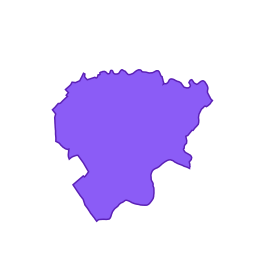 Caxhuacan, Puebla, Mexico, rotated 46°
{"feature_id": "50627088B49115347423872", "entity_name": "Caxhuacan", "entity_type": "district", "adm_level": 2, "iso_a3": "MEX", "parent_name": "Mexico", "parent_adm1": "Puebla", "projection": "orthographic", "projection_center": [-97.605, 20.075], "detail": "fine", "context": "isolated", "style": "filled", "palette": "violet", "viewbox_px": 256, "rotation_deg": 46, "n_neighbors": 0, "source": "geoboundaries", "source_scale": "gbopen_adm2", "svg_char_len": 4878}
<svg xmlns="http://www.w3.org/2000/svg" viewBox="0 0 256 256"><g transform="rotate(46 128 128)"><path d="M173.3,215.3L173.4,213.8L173.4,212.9L174.5,211.5L176.3,209.4L176.7,209.0L177.4,208.3L178.7,207.1L179.7,205.8L180.4,204.8L180.4,203.9L180.3,203.1L179.5,201.3L178.7,200.0L178.1,198.7L177.4,197.2L177.1,195.5L176.9,194.5L176.8,193.2L177.0,191.7L177.0,191.3L177.2,189.9L176.8,187.3L176.9,186.3L177.0,185.3L177.3,184.4L177.7,183.5L178.0,181.6L178.1,180.5L178.6,179.5L180.0,178.6L182.0,177.7L184.5,177.0L186.6,176.0L188.0,175.2L189.4,174.2L190.3,173.5L192.1,172.4L193.9,170.8L195.5,169.2L196.6,168.0L197.2,166.2L197.2,164.4L197.1,163.6L196.9,162.3L196.5,160.2L196.1,158.8L195.2,157.3L194.2,156.2L192.8,154.5L191.2,153.0L190.8,152.6L189.0,151.0L188.7,150.9L187.0,150.2L186.1,149.2L185.6,148.7L184.3,148.1L184.0,148.1L183.9,148.0L182.5,147.7L181.0,147.0L180.8,146.8L179.2,145.4L178.8,145.1L177.7,144.2L176.9,142.9L176.6,142.3L176.3,141.7L176.1,141.1L175.9,140.8L175.7,139.2L175.7,138.6L175.9,137.4L176.2,136.5L176.4,135.8L176.9,134.7L177.3,132.8L177.4,132.2L177.4,131.4L177.5,129.5L177.5,128.6L177.5,128.3L177.8,126.0L177.9,125.2L178.2,124.1L178.5,122.7L179.4,120.6L179.7,120.4L180.3,119.6L182.8,118.3L184.9,118.0L185.3,117.9L186.6,117.4L187.1,117.3L187.6,117.1L188.4,116.8L190.5,115.8L191.3,115.4L192.4,114.9L193.7,114.4L194.5,114.2L195.9,113.4L197.5,112.6L199.8,111.8L199.1,111.1L198.9,110.3L197.9,109.6L196.9,108.6L196.0,108.2L194.9,107.4L194.8,105.3L194.7,105.1L194.6,104.7L194.6,104.4L194.1,103.6L193.5,102.7L193.3,102.6L192.8,102.4L191.6,102.1L190.7,102.1L189.5,102.5L188.6,102.7L187.6,103.0L186.1,103.5L184.4,103.7L182.1,103.1L181.5,102.3L181.6,101.7L180.1,100.0L179.6,98.5L179.6,96.5L178.0,94.6L174.1,92.2L174.9,90.1L174.1,83.7L174.9,82.9L174.4,79.5L174.4,77.6L174.1,74.8L173.3,73.6L173.1,73.3L171.6,71.7L169.4,70.0L167.4,67.4L166.7,65.5L165.5,62.2L165.6,60.2L165.5,57.9L166.0,57.2L167.1,56.8L167.5,54.9L167.5,54.3L167.6,53.3L167.6,51.8L167.1,50.3L167.1,49.2L166.8,48.1L166.0,48.3L165.2,48.3L163.6,48.0L162.5,47.6L161.2,47.3L159.8,46.8L158.5,46.5L157.4,46.0L156.2,44.7L155.2,43.2L154.1,42.3L152.2,41.5L150.8,41.2L149.7,41.0L148.4,40.7L147.3,40.8L146.3,41.1L145.7,41.8L145.2,42.9L144.9,44.8L144.9,45.3L144.8,46.5L144.7,47.3L144.6,47.7L144.2,48.4L143.3,48.5L142.2,49.0L141.6,49.1L140.7,49.0L139.6,48.8L138.9,48.7L138.1,48.5L137.2,48.9L136.9,50.2L137.2,51.4L137.7,52.7L139.5,53.0L140.8,53.6L141.4,54.7L141.2,56.5L140.0,57.9L138.9,58.5L138.1,59.1L137.2,59.3L135.4,59.1L134.7,59.0L132.4,58.6L130.1,59.2L128.8,60.0L128.5,60.2L126.5,60.9L125.8,61.1L124.8,61.4L123.3,62.3L122.7,62.9L122.2,63.6L122.1,64.8L122.4,65.7L122.7,66.6L123.0,67.7L123.0,68.5L122.8,68.9L122.8,69.4L122.6,69.8L122.4,70.1L122.1,70.4L121.8,70.7L121.2,71.1L121.0,72.1L120.3,70.9L118.7,70.2L117.3,69.3L115.1,68.1L114.7,67.8L114.0,68.1L113.0,68.0L111.8,67.5L111.4,67.3L109.1,66.5L107.7,66.6L106.8,67.5L106.5,67.9L105.9,70.0L105.6,71.0L105.3,71.9L103.3,74.4L102.3,75.1L100.9,75.9L100.3,76.3L99.7,76.8L98.7,77.7L97.8,78.5L96.8,78.9L96.0,78.5L94.8,78.8L93.6,79.8L93.0,81.1L92.6,82.5L92.5,83.7L92.4,84.3L92.4,84.5L92.3,86.3L91.7,87.8L91.1,89.2L90.1,90.4L89.2,90.8L88.1,90.8L86.3,90.7L85.4,90.6L84.2,91.1L83.3,91.4L82.3,91.6L81.7,92.2L81.6,93.3L82.0,95.3L82.3,96.8L81.7,98.1L81.1,98.9L80.3,99.7L79.4,100.2L78.4,100.2L77.6,100.0L76.5,99.5L75.5,99.5L74.8,100.1L74.7,100.3L74.7,100.7L75.2,101.9L75.7,102.5L75.9,103.6L75.5,104.4L74.7,105.0L73.4,105.0L72.3,105.1L72.1,105.2L71.6,105.3L71.0,105.6L70.8,105.8L69.9,106.8L69.4,108.0L68.9,108.9L68.7,109.8L69.2,110.3L69.7,110.5L70.0,111.1L69.8,111.7L69.4,112.0L69.0,112.6L69.3,113.1L69.4,113.3L69.7,113.9L70.1,114.7L70.2,115.4L70.0,116.0L69.6,116.3L68.5,116.6L65.0,123.8L62.5,123.8L60.9,123.5L59.2,121.5L57.7,122.0L58.8,124.9L59.2,126.0L60.0,128.5L60.5,129.8L58.9,134.2L56.2,136.4L57.1,139.2L57.1,140.7L57.1,141.4L57.0,143.7L56.9,145.2L56.9,146.3L59.9,146.3L61.1,146.3L61.5,149.7L63.2,149.6L63.1,153.4L63.1,156.0L63.2,158.8L63.2,159.6L61.9,161.2L62.3,165.3L62.4,165.6L62.4,169.7L62.5,169.7L67.4,170.2L67.7,170.3L69.4,173.2L69.6,173.5L72.1,175.6L72.5,176.0L74.3,177.6L74.7,177.9L76.3,179.3L76.8,179.7L77.1,180.0L77.3,180.2L77.9,180.6L78.4,181.1L79.5,181.9L82.1,184.4L85.1,186.8L87.5,189.2L88.3,188.9L89.4,188.5L90.5,188.1L91.9,188.0L94.0,188.2L94.9,188.1L96.4,188.1L99.6,187.4L101.5,186.3L102.1,185.2L104.2,187.7L105.7,189.5L105.9,189.7L107.4,190.9L109.6,191.9L109.7,190.0L110.1,187.9L111.2,185.4L111.8,184.2L112.8,183.0L122.0,184.3L132.1,186.8L133.0,192.0L132.9,193.3L131.4,193.5L131.3,195.5L131.2,196.6L131.0,200.1L130.9,201.8L130.6,207.0L131.0,207.1L133.3,207.5L138.7,208.5L141.2,208.9L143.3,209.3L148.3,209.8L148.6,210.0L149.6,210.5L151.9,211.6L153.4,212.4L155.2,212.6L155.7,212.7L157.0,212.8L157.9,213.0L158.3,213.0L159.6,213.3L161.3,213.6L163.4,214.1L165.8,214.3L167.3,214.5L169.5,214.7L170.4,214.9L173.3,215.3Z" fill="#8b5cf6" stroke="#5b21b6" stroke-width="1.5"/></g></svg>